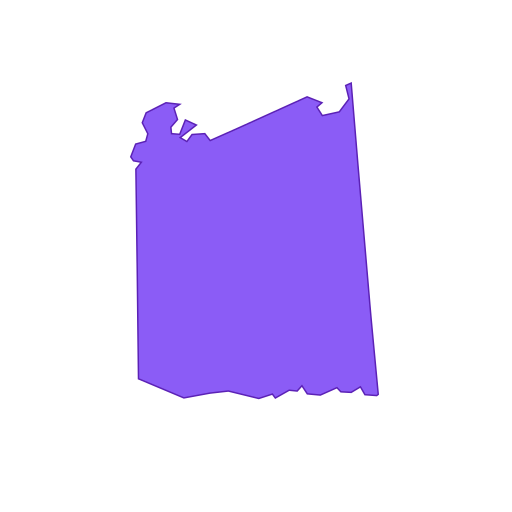 Holmes, Mississippi, United States of America (Natural Earth projection), rotated 66°
{"feature_id": "52423323B40462865306568", "entity_name": "Holmes", "entity_type": "district", "adm_level": 2, "iso_a3": "USA", "parent_name": "United States of America", "parent_adm1": "Mississippi", "projection": "natural_earth1", "projection_center": [-90.149, 33.127], "detail": "fine", "context": "isolated", "style": "filled", "palette": "violet", "viewbox_px": 512, "rotation_deg": 66, "n_neighbors": 0, "source": "geoboundaries", "source_scale": "gbopen_adm2", "svg_char_len": 859}
<svg xmlns="http://www.w3.org/2000/svg" viewBox="0 0 512 512"><g transform="rotate(66 256 256)"><path d="M131.4,144.6L131.9,218.3L131.9,250.9L123.4,253.0L119.0,265.0L123.3,272.6L117.0,277.1L112.1,257.2L103.0,265.2L113.8,276.2L109.9,283.4L103.7,281.4L99.4,272.2L87.5,270.8L86.4,264.0L79.4,275.9L80.5,298.1L88.0,305.7L100.3,305.1L106.4,310.1L104.8,320.4L114.5,330.1L119.2,329.2L123.7,322.6L127.8,330.4L212.8,366.9L214.7,367.7L320.4,413.3L356.3,379.6L362.5,353.9L368.1,336.2L387.3,311.4L388.8,297.2L393.6,296.1L392.1,280.3L396.1,273.3L393.2,266.8L402.8,265.2L409.2,253.8L409.2,235.6L414.6,233.7L419.3,224.5L418.0,213.8L427.0,212.9L432.6,202.5L432.1,200.6L359.7,176.2L346.6,171.7L340.3,169.5L212.5,125.2L136.7,98.7L136.7,104.7L150.3,107.1L158.2,121.3L154.7,138.3L144.7,139.8L142.8,133.4L131.4,144.6Z" fill="#8b5cf6" stroke="#5b21b6" stroke-width="1.5"/></g></svg>